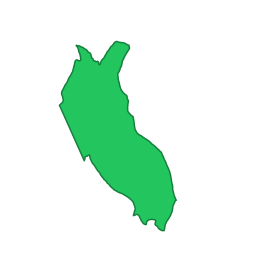 outline of Gurupá, Pará, Brazil, rotated 128°
{"feature_id": "56859067B80608468875701", "entity_name": "Gurupá", "entity_type": "district", "adm_level": 2, "iso_a3": "BRA", "parent_name": "Brazil", "parent_adm1": "Pará", "projection": "robinson", "projection_center": [-51.641, -1.114], "detail": "fine", "context": "isolated", "style": "filled", "palette": "green", "viewbox_px": 256, "rotation_deg": 128, "n_neighbors": 0, "source": "geoboundaries", "source_scale": "gbopen_adm2", "svg_char_len": 5865}
<svg xmlns="http://www.w3.org/2000/svg" viewBox="0 0 256 256"><g transform="rotate(128 128 128)"><path d="M155.2,45.6L154.3,47.4L153.8,48.2L153.5,48.7L153.1,49.5L152.4,50.7L151.6,51.5L150.5,53.0L150.1,53.4L149.8,53.7L149.5,54.2L149.3,54.6L149.1,54.9L148.3,55.5L147.9,55.7L147.5,56.0L146.3,57.2L145.9,57.5L144.6,59.3L143.1,61.0L141.6,62.5L141.0,63.2L139.9,64.4L139.4,64.9L136.7,68.4L136.2,69.4L134.8,71.7L133.9,73.6L133.6,74.1L132.9,75.4L132.4,76.1L131.8,77.2L131.4,77.9L130.8,79.2L130.0,80.7L129.8,81.1L129.2,82.2L128.8,82.7L128.6,83.2L128.1,84.5L127.8,84.9L127.2,85.7L126.6,87.1L126.6,88.4L126.5,89.1L126.4,89.6L126.4,90.0L126.2,90.6L126.2,91.4L126.2,91.8L126.1,93.3L126.0,93.7L125.9,94.5L125.8,96.2L125.8,98.6L125.9,99.5L125.7,100.6L125.5,101.6L125.4,103.2L125.4,103.7L125.6,106.0L125.8,108.2L126.0,110.2L126.0,110.8L126.0,111.2L126.0,111.8L126.0,113.0L126.3,114.0L126.5,115.0L126.4,117.1L126.3,118.0L126.2,118.4L125.8,119.3L124.9,121.0L124.8,121.5L124.4,122.0L123.8,122.7L123.0,123.5L122.0,124.6L120.3,126.3L119.5,127.1L118.6,128.0L117.4,129.3L116.6,130.4L116.3,130.7L115.9,131.0L116.0,131.4L116.0,131.9L116.0,132.5L116.0,133.2L115.9,134.7L115.7,135.5L115.4,137.0L115.0,138.1L114.6,138.9L114.2,139.2L113.7,139.5L112.6,140.5L111.6,141.3L110.0,142.2L109.7,142.5L108.6,143.2L108.1,143.4L107.6,143.6L106.7,144.2L106.4,144.5L105.8,145.4L105.3,146.7L104.9,147.2L104.4,147.6L103.9,147.9L103.6,148.3L103.4,148.7L103.3,149.5L103.2,150.9L103.3,151.4L103.2,153.1L103.0,153.9L102.6,155.2L102.5,155.9L102.3,156.4L101.6,157.8L101.1,158.7L100.5,159.4L100.0,160.2L98.7,161.8L98.0,162.5L97.1,163.8L96.7,164.3L96.1,165.1L95.8,165.5L93.6,167.5L93.2,168.1L92.2,169.0L91.8,169.3L90.3,169.7L89.2,169.7L88.8,169.8L86.7,170.4L86.0,170.8L85.5,171.0L84.5,171.1L83.8,171.2L82.7,171.6L82.4,171.8L82.0,171.9L81.6,172.1L81.0,172.4L79.9,173.1L79.2,173.3L78.1,173.8L77.5,173.9L76.7,173.8L76.4,174.1L75.4,174.4L74.7,174.4L73.1,174.8L69.2,175.3L66.6,175.5L64.6,175.8L64.0,176.1L63.7,176.4L63.4,176.9L62.8,177.8L62.2,178.2L62.4,178.5L62.6,179.2L62.9,180.2L62.9,181.0L63.1,182.4L63.3,183.2L63.6,183.7L63.8,184.3L64.1,184.8L64.4,185.2L65.2,186.7L65.9,187.9L66.3,188.8L66.5,189.6L66.8,190.2L67.1,190.5L67.6,190.8L68.0,191.0L68.5,191.1L69.2,191.1L70.4,191.3L71.1,191.1L72.7,191.1L73.1,191.2L73.7,191.4L74.3,191.5L75.0,191.6L75.5,191.4L76.2,191.4L76.6,191.3L77.3,191.3L77.7,191.3L78.4,191.2L78.9,191.1L79.9,191.2L80.3,191.4L81.6,191.1L83.0,190.8L83.5,190.8L84.5,190.6L85.1,190.6L85.5,190.6L85.9,190.5L86.2,190.4L87.3,190.2L87.9,190.1L88.5,190.2L88.9,190.3L89.3,190.3L90.1,190.4L90.6,190.4L91.2,190.4L91.5,190.4L92.1,190.2L93.5,189.7L93.9,189.4L94.3,189.3L95.3,189.1L95.7,189.4L95.8,190.0L95.5,190.4L95.0,190.8L94.5,191.2L94.2,191.8L94.1,192.5L94.2,193.1L94.8,193.4L95.3,193.7L95.5,194.2L95.5,194.9L95.6,195.6L95.9,196.0L96.2,196.5L96.1,196.9L95.7,197.4L95.4,197.7L95.2,198.1L95.0,198.7L95.0,199.1L95.0,199.8L94.9,200.2L94.5,200.5L94.1,201.1L93.4,201.9L92.9,202.6L92.4,203.5L92.3,204.3L92.4,205.0L92.5,205.4L92.6,205.8L92.6,206.3L92.6,206.7L92.3,207.2L92.2,207.7L92.1,208.1L91.9,208.9L91.9,209.3L92.1,209.7L92.3,210.9L92.3,212.0L92.4,213.5L92.9,214.6L93.0,215.5L93.1,216.2L93.2,216.7L93.4,217.0L94.2,218.4L94.4,219.2L94.6,219.5L95.0,219.4L95.4,217.6L96.2,216.0L96.5,215.7L97.2,214.7L97.8,214.2L98.1,213.7L98.7,212.7L99.4,211.4L99.8,210.9L100.2,210.4L100.6,210.0L101.1,209.3L101.4,209.0L101.7,208.8L102.2,208.3L102.7,207.7L103.3,207.3L103.7,207.1L104.2,207.1L104.8,207.4L105.2,207.9L105.6,209.8L105.7,210.1L106.2,210.6L106.7,210.8L107.3,210.8L107.9,210.7L108.8,210.4L109.4,210.2L110.0,209.8L110.6,209.4L112.4,208.8L113.0,208.4L113.9,208.0L114.3,207.9L115.0,207.6L115.4,207.4L117.9,206.3L120.3,206.0L121.1,205.8L122.9,205.5L123.4,205.5L124.8,205.4L126.6,205.0L128.0,204.5L128.6,204.4L129.3,204.2L130.8,204.0L131.7,204.1L133.5,203.9L134.6,203.6L135.6,203.4L136.3,203.3L137.0,203.0L137.8,203.0L138.7,202.9L139.4,202.7L140.1,202.5L140.9,202.1L141.9,201.4L142.2,201.1L142.6,200.6L143.3,199.3L143.5,199.0L143.9,198.3L144.3,198.0L145.1,197.1L145.5,196.6L145.8,196.3L146.3,195.9L147.1,195.6L147.5,195.5L148.0,195.5L149.4,195.5L150.0,195.7L151.4,195.9L151.9,195.9L152.3,196.0L180.6,142.5L180.2,142.5L179.6,142.6L177.4,143.9L176.0,143.5L175.5,143.1L175.1,142.7L174.8,142.6L173.8,142.4L173.5,142.2L173.0,141.7L173.2,141.2L173.5,140.9L174.5,140.0L175.2,139.2L176.4,137.0L176.6,136.5L177.3,135.0L177.6,134.4L177.9,133.1L177.9,132.7L178.0,132.2L178.9,129.5L179.6,127.8L179.7,127.2L180.1,126.2L180.4,125.1L180.6,123.7L180.7,123.2L180.8,122.8L181.0,122.3L181.4,121.6L181.7,120.9L181.8,120.4L182.5,118.4L182.6,118.0L182.7,116.6L183.2,115.6L183.4,115.0L183.3,114.0L183.3,112.9L183.8,111.5L183.9,111.1L184.2,110.4L184.1,109.1L184.2,108.5L184.3,107.6L184.5,106.9L184.9,105.9L184.9,105.4L184.9,105.0L185.0,104.2L185.0,102.8L185.2,101.1L185.2,100.5L185.1,100.0L184.8,98.4L184.7,97.3L184.6,96.5L184.2,94.9L183.7,93.3L183.5,92.8L183.2,91.5L182.7,87.2L182.5,84.6L182.6,82.0L182.8,80.1L183.2,78.7L183.3,78.1L184.1,77.0L185.7,74.4L186.4,73.5L187.3,72.5L187.7,72.3L188.6,71.9L189.0,71.8L189.6,71.7L190.4,71.2L191.2,70.8L191.5,70.7L192.0,70.6L192.6,70.4L193.6,69.8L193.0,69.2L192.5,68.9L191.5,68.6L191.0,68.2L190.7,67.9L190.4,67.3L190.3,66.9L190.3,66.5L190.5,65.1L190.7,64.6L191.3,63.6L192.0,62.0L192.5,61.2L193.1,59.6L193.8,57.1L193.7,56.1L193.5,55.0L192.7,54.3L191.0,55.2L190.3,55.6L188.9,55.4L187.9,55.2L187.3,54.8L186.2,53.9L185.4,53.1L184.5,51.6L184.1,50.7L183.8,49.8L183.9,49.2L184.2,48.9L184.6,48.6L186.1,48.1L187.3,47.3L187.5,46.9L187.6,46.1L187.4,44.9L187.5,44.1L187.7,43.5L188.2,42.5L188.4,40.9L188.1,38.8L187.5,37.4L186.8,36.5L186.3,36.5L185.6,36.8L183.3,38.0L182.1,38.8L180.6,39.3L178.3,39.9L176.9,40.0L175.4,40.1L174.4,40.2L173.5,40.3L171.2,40.6L169.9,40.9L168.9,41.2L166.3,42.0L164.9,42.7L164.3,43.0L163.1,43.9L162.1,44.4L160.0,45.0L155.8,46.0L155.2,45.6Z" fill="#22c55e" stroke="#15803d" stroke-width="1.5"/></g></svg>